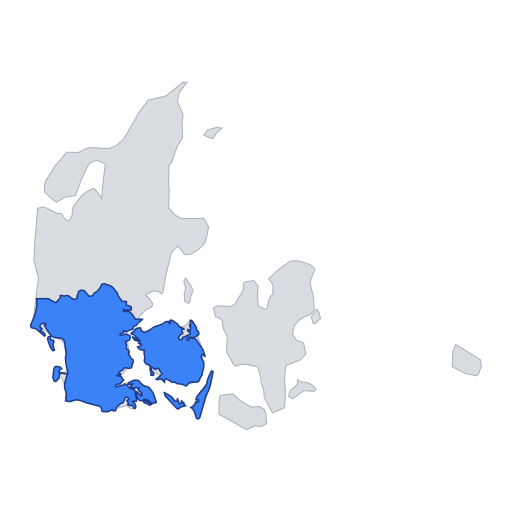 where Syddanmark sits in Denmark
{"feature_id": "DNK-3417", "entity_name": "Syddanmark", "entity_type": "Region", "adm_level": 1, "iso_a3": "DNK", "parent_name": "Denmark", "parent_adm1": "", "projection": "albers", "projection_center": [9.703, 55.339], "detail": "fine", "context": "in_parent", "style": "filled", "palette": "blue", "viewbox_px": 512, "rotation_deg": 0, "n_neighbors": 0, "source": "natural_earth", "source_scale": "10m", "svg_char_len": 9609}
<svg xmlns="http://www.w3.org/2000/svg" viewBox="0 0 512 512"><path d="M135.1,409.1L134.2,409.1L130.1,408.1L127.1,405.8L119.6,407.4L109.4,411.2L103.8,411.0L99.4,406.8L81.2,400.8L78.2,400.3L66.2,399.9L65.7,390.6L64.3,383.9L60.3,373.9L66.6,371.6L65.7,352.2L63.6,342.1L46.5,331.5L33.2,321.1L37.1,287.4L38.6,278.3L33.9,260.6L34.9,240.2L37.7,208.3L42.0,207.1L45.0,207.3L56.7,213.3L61.7,213.9L65.0,219.1L68.9,221.3L71.9,215.9L73.1,206.6L82.6,194.6L89.2,190.3L93.7,188.2L98.2,193.1L101.6,198.6L102.5,186.6L105.4,163.8L96.6,160.2L89.4,163.2L82.1,177.6L75.5,195.6L65.0,197.2L56.6,202.2L49.3,196.7L44.5,191.9L44.5,185.0L45.7,180.9L54.8,166.3L66.7,152.2L78.4,152.5L87.1,148.1L92.2,147.6L108.2,148.7L116.4,145.6L123.7,139.1L139.5,111.6L148.4,100.1L166.2,95.9L182.5,82.5L187.1,82.3L179.5,92.2L178.3,96.1L177.4,102.0L183.1,114.6L182.1,122.4L182.6,137.7L177.4,145.7L171.6,162.7L169.0,165.2L168.6,184.9L169.3,189.6L168.6,207.6L174.9,214.9L181.5,218.7L203.5,218.3L205.8,221.5L208.6,227.0L206.8,236.5L204.6,243.6L198.3,249.7L190.1,254.3L184.9,254.6L177.9,246.2L174.6,249.0L171.2,253.3L165.6,276.6L163.0,292.4L161.5,293.7L158.2,291.4L152.6,291.2L145.4,295.0L149.1,298.3L153.0,304.1L151.5,307.0L145.2,310.2L139.6,316.5L137.2,321.3L130.1,327.0L125.7,334.2L127.8,343.1L128.8,351.0L130.7,359.7L128.9,366.6L120.1,376.5L116.7,385.1L124.4,385.0L129.1,387.0L131.8,389.5L134.7,393.1L132.9,397.6L135.1,409.1ZM313.5,297.8L314.1,309.0L312.6,312.3L310.3,314.6L304.0,317.1L298.7,320.5L294.0,326.3L292.5,334.3L296.5,340.1L303.6,343.0L305.8,354.1L300.3,359.8L285.6,365.8L284.5,379.1L285.3,389.6L285.3,397.2L284.5,407.7L272.5,412.9L264.1,397.1L263.9,390.7L261.3,383.3L260.7,376.9L257.7,366.8L246.2,364.4L241.8,364.1L235.7,366.2L234.1,365.5L226.4,351.7L227.3,336.3L223.2,328.6L222.6,325.1L222.6,321.2L219.4,318.1L215.4,316.5L213.4,307.9L217.8,305.7L228.9,306.5L232.1,305.8L235.0,303.9L243.5,289.5L243.2,286.4L244.1,282.3L253.6,280.5L258.1,285.9L257.5,294.7L258.3,306.0L264.3,308.9L266.6,309.3L268.7,300.9L270.3,296.8L272.6,294.4L273.1,286.8L271.6,282.2L268.6,278.8L279.1,269.1L290.1,261.2L296.6,260.6L303.2,262.2L309.4,264.4L312.8,266.5L314.8,269.9L311.1,278.3L310.1,282.9L313.5,297.8ZM192.5,320.7L195.2,326.6L198.6,339.0L204.0,352.9L201.9,358.7L203.5,366.2L202.2,374.0L191.9,383.3L180.3,383.8L168.2,379.5L151.1,371.2L149.7,366.5L147.3,363.8L142.7,349.5L142.8,331.7L151.3,329.5L169.7,320.9L174.0,322.2L178.5,326.5L183.7,326.7L191.0,320.4L192.5,320.7ZM239.8,400.4L251.3,407.1L259.1,406.5L264.4,409.2L265.8,413.6L266.5,423.5L261.1,426.6L254.9,425.8L246.7,429.7L219.0,414.2L219.1,400.7L220.1,395.4L233.0,393.8L239.8,400.4ZM478.7,373.7L476.5,375.8L465.6,373.5L452.2,366.7L453.0,351.3L455.8,344.5L480.5,359.8L481.3,366.2L478.7,373.7ZM199.5,417.0L196.7,417.7L192.6,408.7L192.1,405.8L196.6,399.9L199.4,393.3L206.9,383.1L211.1,371.1L212.8,371.3L211.0,381.9L201.5,411.5L199.5,417.0ZM155.9,402.2L149.2,403.8L145.7,401.1L139.4,400.1L137.2,382.8L137.8,381.8L141.0,383.0L151.8,391.0L155.6,399.8L155.9,402.2ZM316.0,389.6L313.6,391.4L303.7,390.6L292.8,398.8L288.5,396.4L289.9,391.4L291.0,389.6L294.7,387.3L297.1,384.2L297.9,379.3L300.3,381.8L307.2,382.6L310.6,384.1L313.5,386.2L316.0,389.6ZM189.8,301.3L188.8,303.4L184.7,301.3L184.2,294.1L185.7,287.5L183.8,281.7L185.7,278.0L191.4,286.6L193.1,290.7L191.0,295.6L189.8,301.3ZM214.7,136.1L212.3,138.8L203.8,135.2L207.4,130.0L216.5,127.4L221.9,128.1L216.1,133.4L214.7,136.1ZM183.2,406.4L178.9,407.6L173.9,405.2L165.8,396.0L164.8,393.6L169.0,395.1L174.3,399.9L178.6,400.9L184.5,404.9L183.2,406.4ZM320.5,318.6L314.7,323.7L313.4,323.5L311.2,317.0L314.2,312.9L315.9,309.4L317.2,309.5L319.2,313.1L320.5,318.6Z" fill="#d9dde1" stroke="#a8b0b8" stroke-width="1"/><path d="M107.8,411.7L103.1,411.7L102.0,411.2L101.0,407.2L99.9,406.2L86.3,402.8L81.2,400.7L76.1,399.7L70.2,401.6L67.8,401.4L65.5,400.7L66.1,398.7L65.6,398.0L66.5,394.9L66.0,392.0L65.0,389.3L64.5,386.4L64.8,382.8L67.3,374.1L59.7,372.9L59.5,373.8L59.2,378.1L58.8,378.7L58.2,378.8L56.5,381.0L55.5,381.5L54.5,381.3L53.6,380.0L52.9,377.2L53.8,368.9L55.0,366.7L57.7,366.4L60.4,367.2L61.7,368.7L60.2,369.5L59.0,370.9L59.2,372.2L66.5,373.7L67.8,373.2L67.7,371.1L66.6,367.2L65.8,362.4L65.4,357.6L66.3,353.8L64.6,342.0L63.7,339.9L62.1,338.6L59.9,338.0L55.6,337.8L52.6,336.8L50.0,334.3L44.4,325.5L44.5,324.7L45.9,324.5L45.9,323.8L43.2,323.1L41.8,323.5L40.7,324.4L39.9,326.0L40.1,327.0L41.9,329.1L40.9,329.5L40.1,330.6L41.6,330.9L43.3,332.1L44.7,333.8L45.2,335.7L44.4,336.0L36.9,329.5L35.4,328.6L31.7,327.8L30.8,326.8L30.7,325.1L34.5,315.6L35.8,311.3L36.7,306.7L36.9,302.2L36.5,298.6L48.6,298.7L50.6,300.1L55.1,302.5L56.2,302.3L60.3,297.9L60.5,297.4L60.0,296.0L61.4,295.3L64.0,296.1L66.7,295.4L68.8,296.0L73.2,299.2L74.2,299.5L77.3,298.3L77.0,295.7L77.7,294.7L78.7,291.4L81.0,290.2L84.1,290.6L89.3,296.4L91.5,296.1L92.1,295.5L93.0,295.6L93.5,294.2L94.4,293.0L97.2,291.4L100.2,287.7L101.9,284.2L104.3,283.7L110.2,285.7L112.1,286.9L113.7,288.4L116.9,292.4L117.4,293.2L118.0,295.6L121.9,301.2L122.9,301.5L125.1,301.3L126.3,301.5L126.6,302.2L126.0,304.2L126.1,305.0L130.3,306.2L131.0,306.9L131.4,307.8L131.0,310.1L125.2,310.0L123.7,309.3L123.3,310.9L124.6,311.5L129.1,311.6L130.0,312.1L133.2,315.5L135.0,318.9L136.3,319.2L142.3,319.2L141.3,320.5L138.0,323.1L136.2,325.4L133.4,326.7L133.2,328.8L133.0,329.3L129.0,330.3L126.7,331.6L123.7,330.8L124.1,331.6L123.2,332.9L120.8,333.6L119.7,334.6L120.9,335.3L122.1,335.3L126.4,333.9L130.0,335.9L130.3,337.2L130.0,338.7L129.3,340.1L125.4,341.6L126.7,345.4L126.2,347.7L126.3,348.5L127.5,349.3L129.1,351.1L129.3,352.2L128.4,353.1L128.4,353.9L131.4,358.7L133.0,359.8L133.2,361.6L133.0,363.0L132.1,364.8L131.9,366.6L131.6,367.4L130.8,368.0L128.9,368.4L125.1,367.7L124.2,367.9L122.7,370.0L118.9,372.0L118.9,373.0L119.4,373.8L120.5,373.8L120.5,374.6L118.6,374.5L117.0,375.4L117.6,375.9L120.3,376.1L121.1,376.5L123.6,380.0L120.8,383.2L119.6,383.8L116.7,384.4L115.5,385.3L116.0,386.9L116.8,386.9L120.5,385.4L122.7,385.5L124.1,384.1L124.9,383.9L126.3,384.4L130.2,388.5L133.7,389.4L134.6,390.1L135.1,391.7L136.7,400.7L135.9,401.5L133.3,400.9L132.8,402.3L134.4,403.1L135.4,404.5L135.8,406.8L135.5,407.9L134.6,408.4L133.8,408.0L132.9,405.9L132.4,405.4L129.7,405.6L127.6,404.7L128.2,403.8L128.4,403.1L126.8,400.4L129.0,399.3L128.6,398.0L127.1,397.1L125.3,397.6L124.1,400.6L122.6,403.1L121.1,403.1L116.8,407.0L116.0,408.4L115.6,410.8L113.5,411.0L112.2,409.8L107.8,411.7ZM197.2,382.1L190.7,382.2L188.4,383.6L186.5,385.9L185.1,385.7L182.5,384.3L176.8,383.6L175.1,382.3L171.9,382.2L166.9,379.1L165.0,378.9L164.5,379.8L164.5,382.2L162.0,379.7L160.9,379.1L157.2,379.7L156.1,379.1L161.0,375.3L161.8,373.7L160.7,372.2L159.0,368.9L157.8,368.3L155.4,369.3L154.3,369.2L152.9,367.7L152.0,367.4L151.2,368.4L151.4,370.1L153.7,373.5L153.5,375.4L150.9,375.2L150.8,373.8L151.2,373.4L151.1,372.5L150.1,370.0L150.0,368.8L150.5,366.5L150.5,365.6L146.1,363.9L145.4,363.3L144.3,361.1L144.3,359.7L145.1,358.1L144.2,354.3L144.4,350.4L143.7,349.9L140.9,350.0L139.1,348.9L137.6,346.9L140.9,345.9L141.5,344.7L138.0,343.1L140.2,343.1L139.5,341.8L138.4,341.1L135.0,340.4L132.8,337.7L132.8,337.0L134.5,337.8L138.1,340.5L139.7,340.1L133.4,334.5L131.1,333.9L131.6,332.8L133.7,331.6L136.1,328.5L139.5,327.8L140.7,328.0L140.9,329.6L141.5,330.8L144.5,332.5L147.8,331.3L154.1,326.9L162.3,324.1L165.1,322.0L166.6,321.5L168.8,321.5L169.3,323.8L170.2,323.4L170.4,322.6L170.2,320.3L171.1,320.0L173.0,320.9L177.4,323.9L179.8,327.2L182.6,328.1L184.6,329.4L182.5,329.0L181.8,329.6L181.5,330.9L182.7,332.2L182.8,332.8L182.5,333.8L180.7,334.4L178.3,337.8L179.4,339.7L181.7,339.6L182.9,337.1L183.6,337.3L190.4,333.9L189.9,332.4L188.4,331.5L187.6,330.5L187.8,329.5L188.6,329.8L189.8,331.2L190.6,329.9L190.4,328.2L189.3,324.3L190.6,325.8L190.6,323.9L190.1,320.4L191.3,320.3L193.2,322.4L196.3,327.4L196.7,330.0L198.5,331.9L198.9,333.5L198.8,334.4L196.4,336.2L193.5,337.6L189.1,337.2L188.0,337.5L187.2,338.1L186.9,339.6L187.5,340.3L188.5,340.3L189.5,339.7L189.1,338.8L189.6,337.6L195.1,338.9L196.1,339.7L202.5,348.8L204.6,354.6L205.0,356.4L204.6,356.4L203.8,355.2L202.6,354.5L201.6,354.8L201.1,356.8L201.5,358.2L203.2,360.9L203.8,362.6L203.9,365.0L203.8,367.2L203.4,369.1L202.5,371.4L202.1,375.1L200.5,377.2L199.0,381.0L197.2,382.1ZM152.6,392.2L153.6,394.0L156.1,401.7L156.1,402.8L153.4,403.0L149.9,405.3L149.0,404.9L147.9,404.0L144.9,403.1L143.8,402.3L143.8,401.5L145.5,400.7L151.4,403.8L151.4,403.0L148.3,400.3L145.4,399.3L144.1,399.5L142.5,400.8L140.0,400.6L137.8,398.9L136.5,395.9L136.7,392.3L136.3,392.3L136.3,391.6L137.7,392.6L140.8,395.7L142.1,395.3L141.1,393.4L141.7,392.9L138.6,390.4L138.2,389.5L139.0,388.5L139.0,387.7L133.9,388.2L130.9,387.2L130.6,386.2L132.0,384.7L132.4,383.9L129.1,384.5L128.0,383.9L128.0,383.0L133.6,380.3L135.9,380.0L138.6,380.5L142.4,385.0L144.5,386.1L147.3,386.6L149.4,387.8L152.6,392.2ZM206.8,384.0L207.2,380.8L209.3,375.3L211.7,370.9L213.1,371.6L210.3,385.5L209.1,389.2L205.9,396.0L200.0,416.8L199.4,418.2L198.5,418.7L196.9,418.8L196.2,417.7L194.4,411.1L192.8,409.0L190.8,407.3L193.3,406.7L195.1,404.1L196.1,401.7L197.0,402.4L198.7,401.8L198.2,399.5L197.1,400.1L196.0,399.5L196.8,396.8L201.7,390.5L203.2,389.4L206.8,384.0ZM181.0,400.5L184.2,403.3L184.1,405.1L185.4,405.8L180.4,407.1L179.0,408.6L178.2,409.0L176.7,408.3L165.5,396.2L164.5,393.7L164.1,392.0L165.0,393.0L170.5,396.0L172.1,397.5L174.5,400.9L175.4,401.3L177.2,401.1L177.5,400.2L177.0,398.3L177.9,399.6L178.7,402.9L179.4,403.6L181.7,403.4L181.9,402.5L181.0,400.5ZM54.5,350.1L53.0,350.7L51.3,348.9L49.9,346.1L48.0,340.8L47.6,338.4L48.3,336.8L50.4,336.2L50.6,339.6L51.7,340.2L53.0,340.0L53.9,340.9L53.8,342.2L53.0,344.7L54.0,349.2L54.5,350.1Z" fill="#3b82f6" stroke="#1e3a8a" stroke-width="1.5"/></svg>